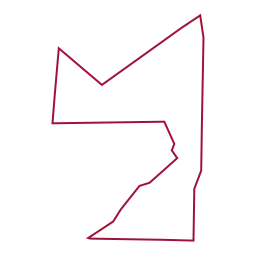 Akjoujt, Inchiri, Mauritania
{"feature_id": "47542326B26316239883363", "entity_name": "Akjoujt", "entity_type": "district", "adm_level": 2, "iso_a3": "MRT", "parent_name": "Mauritania", "parent_adm1": "Inchiri", "projection": "robinson", "projection_center": [-14.718, 19.947], "detail": "fine", "context": "isolated", "style": "outline", "palette": "rose", "viewbox_px": 256, "rotation_deg": 0, "n_neighbors": 0, "source": "geoboundaries", "source_scale": "gbopen_adm2", "svg_char_len": 426}
<svg xmlns="http://www.w3.org/2000/svg" viewBox="0 0 256 256"><path d="M88.2,238.0L90.1,238.6L163.3,239.8L193.5,240.6L194.3,188.8L201.2,170.7L201.9,124.1L203.5,37.7L200.2,15.4L181.3,28.0L172.5,34.3L101.9,84.9L58.8,48.3L54.8,94.3L52.5,123.3L164.3,121.7L174.3,143.9L171.8,150.4L177.2,158.1L169.1,165.4L149.5,182.8L147.2,183.5L139.5,185.9L120.8,209.4L113.2,221.5L88.2,238.0Z" fill="none" stroke="#9f1239" stroke-width="2"/></svg>